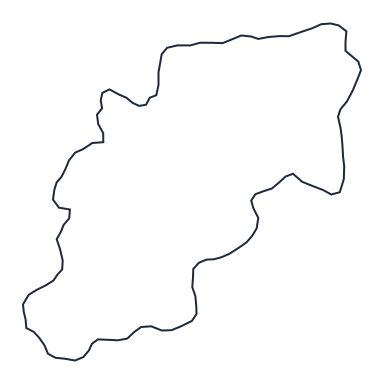 Prudente de Morais, Minas Gerais, Brazil
{"feature_id": "56859067B84825617066138", "entity_name": "Prudente de Morais", "entity_type": "district", "adm_level": 2, "iso_a3": "BRA", "parent_name": "Brazil", "parent_adm1": "Minas Gerais", "projection": "albers", "projection_center": [-44.114, -19.47], "detail": "fine", "context": "isolated", "style": "outline", "palette": "slate", "viewbox_px": 384, "rotation_deg": 0, "n_neighbors": 0, "source": "geoboundaries", "source_scale": "gbopen_adm2", "svg_char_len": 1646}
<svg xmlns="http://www.w3.org/2000/svg" viewBox="0 0 384 384"><path d="M191.9,320.9L196.5,314.0L196.3,306.6L195.4,296.3L192.3,287.1L193.0,277.3L193.3,268.9L198.8,262.8L206.5,259.6L213.7,259.3L221.0,257.4L229.2,253.9L238.3,248.1L246.7,242.2L252.2,235.8L256.6,228.5L258.3,218.0L253.3,208.0L251.2,200.6L255.4,194.2L263.5,191.2L271.9,188.5L279.4,182.2L285.6,176.5L293.0,173.8L302.3,181.9L313.6,186.4L323.1,190.0L331.3,194.5L339.8,192.2L343.8,179.2L344.2,166.1L343.1,157.1L342.4,144.9L341.7,136.4L340.5,127.8L338.0,116.7L340.4,109.4L347.1,101.2L352.9,90.1L357.3,79.6L361.0,70.2L358.3,61.6L352.2,56.5L345.5,50.8L345.5,41.6L346.4,31.3L338.7,25.4L330.7,23.5L321.3,24.2L311.8,28.4L303.1,31.3L295.8,33.8L288.9,36.2L279.8,36.1L268.6,37.0L258.3,38.9L251.1,36.5L241.3,35.5L231.1,39.7L222.8,43.1L211.6,42.8L200.2,42.7L190.5,45.4L177.3,45.4L167.1,47.8L161.7,54.2L160.3,62.3L158.5,72.4L158.5,85.0L156.3,95.2L149.7,97.8L146.1,104.7L139.2,105.9L132.6,102.9L126.5,97.8L118.5,94.3L109.5,89.4L102.4,92.8L100.7,100.5L102.1,108.3L97.0,114.7L98.2,124.0L103.2,133.2L103.3,142.2L92.3,143.0L83.1,149.1L75.2,152.6L69.1,160.2L65.2,169.5L61.5,176.8L56.7,182.3L54.3,190.0L53.0,199.6L59.0,207.7L69.9,209.5L69.2,218.3L63.6,225.0L60.8,231.9L56.7,239.2L60.0,249.0L62.7,260.4L62.2,269.4L57.4,274.7L53.5,280.5L45.5,285.5L36.8,289.8L28.7,294.8L23.0,304.4L23.8,312.1L25.6,319.4L26.3,328.0L33.9,332.0L39.3,337.9L44.4,345.2L48.0,353.8L55.6,357.8L64.8,358.7L75.0,360.5L83.3,357.1L89.0,350.3L92.0,343.7L97.9,339.4L108.0,339.8L117.7,340.3L127.2,338.6L134.1,332.1L141.1,327.0L151.3,326.3L161.7,330.5L171.5,330.2L181.0,326.3L191.9,320.9Z" fill="none" stroke="#1e293b" stroke-width="2"/></svg>